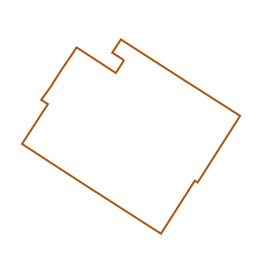 Torrance, New Mexico, United States of America (Albers equal-area conic projection), rotated 33°
{"feature_id": "52423323B99143466886484", "entity_name": "Torrance", "entity_type": "district", "adm_level": 2, "iso_a3": "USA", "parent_name": "United States of America", "parent_adm1": "New Mexico", "projection": "albers", "projection_center": [-106.078, 34.651], "detail": "fine", "context": "isolated", "style": "outline", "palette": "amber", "viewbox_px": 256, "rotation_deg": 33, "n_neighbors": 0, "source": "geoboundaries", "source_scale": "gbopen_adm2", "svg_char_len": 476}
<svg xmlns="http://www.w3.org/2000/svg" viewBox="0 0 256 256"><g transform="rotate(33 128 128)"><path d="M48.8,88.4L41.0,88.4L40.9,99.2L40.5,116.1L40.7,135.9L39.9,151.7L47.8,151.6L47.8,166.5L47.8,199.1L94.9,199.2L121.3,199.2L213.2,198.7L213.1,182.9L212.7,135.8L216.1,135.8L215.4,56.8L157.2,57.2L152.5,57.3L105.7,57.5L81.1,57.6L73.8,57.6L73.8,73.4L75.2,73.3L86.8,73.4L87.8,74.0L87.8,79.6L87.8,88.5L56.4,88.4L48.8,88.4Z" fill="none" stroke="#b45309" stroke-width="2"/></g></svg>